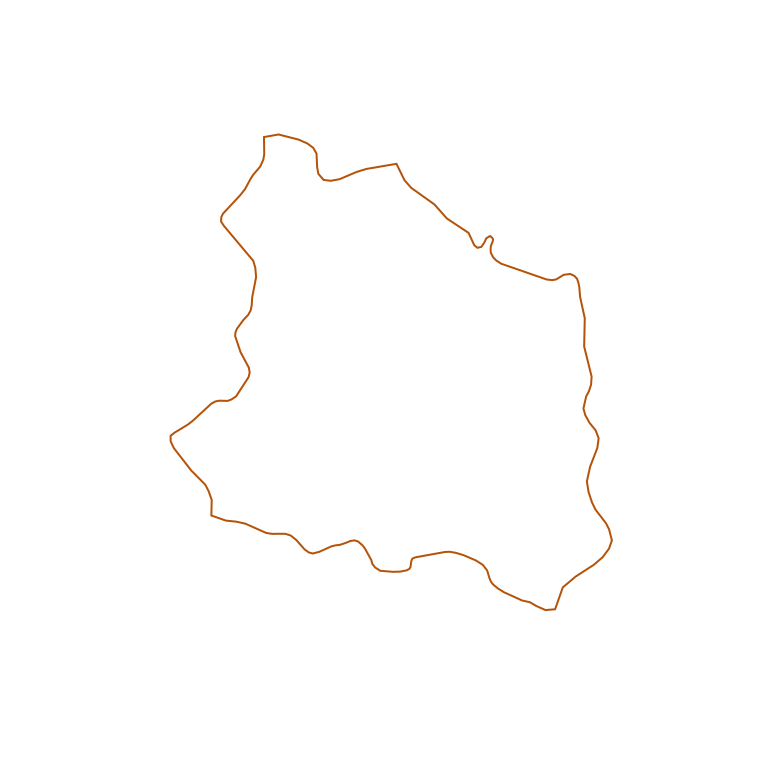 the border of Relizane, rotated 247°
{"feature_id": "DZA-2203", "entity_name": "Relizane", "entity_type": "Province", "adm_level": 1, "iso_a3": "DZA", "parent_name": "Algeria", "parent_adm1": "", "projection": "orthographic", "projection_center": [0.791, 35.819], "detail": "fine", "context": "isolated", "style": "outline", "palette": "amber", "viewbox_px": 768, "rotation_deg": 247, "n_neighbors": 0, "source": "natural_earth", "source_scale": "10m", "svg_char_len": 2146}
<svg xmlns="http://www.w3.org/2000/svg" viewBox="0 0 768 768"><g transform="rotate(247 384 384)"><path d="M658.2,370.0L654.9,384.4L642.5,400.7L635.4,407.4L628.9,411.2L622.4,411.9L609.5,407.1L603.0,405.7L595.4,408.2L591.8,414.5L589.9,423.1L589.9,441.4L588.9,451.6L581.8,481.5L563.5,482.5L553.9,485.7L529.5,500.6L511.9,506.5L490.0,520.9L476.5,521.3L472.9,523.2L472.2,527.1L474.7,531.2L478.2,535.2L478.8,539.4L476.2,540.8L474.3,540.8L472.3,539.4L469.6,536.5L466.9,535.0L463.2,533.6L457.8,534.0L453.8,535.6L448.9,538.9L416.7,574.5L413.9,579.4L413.0,583.4L414.3,592.1L412.5,598.4L409.1,601.5L405.5,602.8L401.8,602.6L397.1,601.7L387.8,598.6L366.1,594.5L340.3,582.9L309.7,578.0L302.4,574.3L297.4,569.9L293.5,565.2L283.5,558.0L276.5,557.1L268.1,558.0L258.5,560.7L250.2,560.4L241.8,555.4L227.3,541.4L215.1,532.7L204.6,530.1L193.8,529.2L185.7,529.6L169.2,533.9L162.4,534.4L151.0,532.7L144.5,526.8L139.1,517.5L135.6,506.5L131.8,484.9L126.9,469.1L109.8,453.5L112.8,444.3L120.2,437.4L126.0,433.1L130.9,426.4L145.4,413.1L151.1,409.1L156.6,406.2L160.1,405.2L164.1,405.2L172.0,406.1L178.9,404.3L185.7,399.6L195.2,390.5L200.4,384.3L203.8,379.1L205.5,374.7L212.1,345.5L212.3,343.2L212.0,341.7L210.8,340.4L209.0,339.1L205.3,337.0L203.9,335.1L203.6,332.2L205.0,325.5L207.5,319.1L213.5,307.6L218.5,304.2L222.9,303.0L227.0,303.5L239.8,302.2L243.9,301.2L249.3,298.5L251.6,295.7L252.6,291.6L252.7,286.2L253.2,280.5L254.5,276.0L255.1,272.0L254.8,258.9L255.8,252.2L258.4,248.9L262.7,246.3L274.7,242.3L281.0,238.9L284.7,234.6L289.8,222.4L293.0,217.3L309.5,201.9L314.9,194.4L320.1,185.0L330.4,173.7L344.6,180.1L353.5,180.7L360.9,180.2L379.6,172.8L407.1,165.5L414.6,165.2L419.7,167.3L421.0,172.0L423.4,188.1L424.9,193.7L433.4,217.4L433.8,221.8L433.1,225.6L429.5,233.6L429.4,237.7L430.4,243.0L443.2,262.0L447.0,264.8L451.7,266.0L469.3,264.4L486.2,265.7L489.5,267.4L492.3,270.2L497.9,279.6L500.7,286.0L503.9,290.1L508.2,293.0L515.4,296.6L532.3,308.0L541.1,310.9L548.4,311.8L592.2,298.4L597.1,297.5L601.0,299.3L603.7,302.3L613.9,325.2L617.6,332.1L625.1,341.5L627.8,345.5L632.5,355.0L637.7,360.6L642.2,363.5L658.2,370.0Z" fill="none" stroke="#b45309" stroke-width="2"/></g></svg>